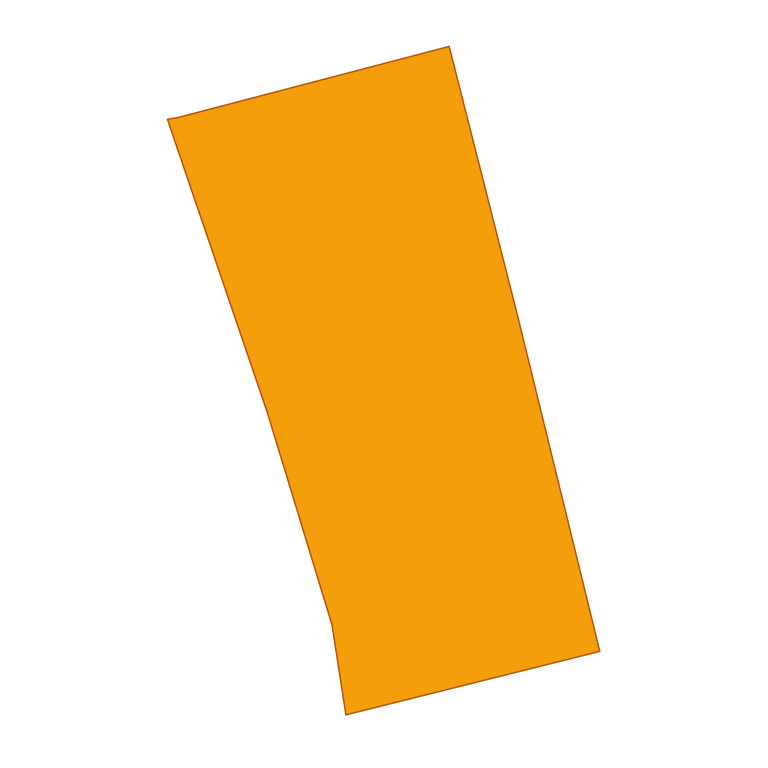 SVG path tracing the border of Nouakchott, rotated 346°
{"feature_id": "MRT-2787", "entity_name": "Nouakchott", "entity_type": "District", "adm_level": 1, "iso_a3": "MRT", "parent_name": "Mauritania", "parent_adm1": "", "projection": "natural_earth1", "projection_center": [-15.953, 18.14], "detail": "fine", "context": "isolated", "style": "filled", "palette": "amber", "viewbox_px": 768, "rotation_deg": 346, "n_neighbors": 0, "source": "natural_earth", "source_scale": "10m", "svg_char_len": 276}
<svg xmlns="http://www.w3.org/2000/svg" viewBox="0 0 768 768"><g transform="rotate(346 384 384)"><path d="M267.0,695.8L275.3,605.1L263.8,381.9L237.9,74.8L248.2,75.6L528.9,72.2L530.1,353.1L528.7,695.6L267.0,695.8Z" fill="#f59e0b" stroke="#b45309" stroke-width="1.5"/></g></svg>